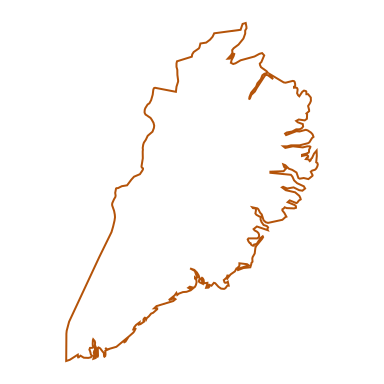 outline of Austurland
{"feature_id": "ISL-695", "entity_name": "Austurland", "entity_type": "Region", "adm_level": 1, "iso_a3": "ISL", "parent_name": "Iceland", "parent_adm1": "", "projection": "mercator", "projection_center": [-15.126, 64.88], "detail": "fine", "context": "isolated", "style": "outline", "palette": "amber", "viewbox_px": 384, "rotation_deg": 0, "n_neighbors": 0, "source": "natural_earth", "source_scale": "10m", "svg_char_len": 5978}
<svg xmlns="http://www.w3.org/2000/svg" viewBox="0 0 384 384"><path d="M245.7,23.0L246.4,26.6L246.5,28.3L245.2,30.5L245.2,33.6L243.4,38.6L238.5,44.6L233.7,48.2L232.2,50.1L232.4,52.8L231.1,55.1L227.8,58.7L229.8,58.6L231.5,57.2L234.5,53.2L233.5,56.4L231.6,60.0L230.9,62.8L233.2,64.0L235.5,63.3L240.6,60.3L254.5,56.5L259.5,53.8L262.1,53.1L264.2,55.4L261.4,62.0L259.8,63.6L260.0,65.0L261.0,67.2L266.6,71.2L267.8,72.7L264.3,73.8L262.4,75.3L260.8,79.3L257.4,83.3L256.1,86.7L251.2,92.6L249.5,96.9L249.1,99.5L250.0,98.3L251.3,94.9L254.9,91.5L256.8,88.0L264.8,75.8L266.2,74.8L268.0,75.3L273.1,79.1L270.2,75.6L269.5,73.9L283.7,82.4L285.6,82.7L292.7,80.9L293.9,81.1L294.6,81.8L295.1,83.7L295.2,85.3L294.8,86.4L294.0,86.7L294.0,87.7L296.0,87.6L296.9,87.9L297.5,88.9L297.6,89.9L297.1,93.2L298.1,95.2L299.3,96.3L302.3,91.8L304.0,90.6L305.9,91.1L306.3,91.7L306.4,94.2L308.1,94.2L310.8,97.5L310.9,100.9L310.0,103.1L308.1,106.0L309.1,109.9L309.1,111.2L306.4,113.5L307.1,114.4L306.9,118.8L304.7,120.4L298.8,119.5L296.2,120.9L297.8,122.3L302.8,124.1L303.1,126.6L301.6,128.4L299.5,129.3L296.3,129.3L292.2,131.5L286.8,132.5L285.1,133.6L286.1,135.1L296.4,131.2L299.5,131.5L305.8,129.8L307.7,130.4L311.0,132.6L312.6,134.4L313.5,136.9L312.0,138.1L309.4,142.3L308.0,143.2L299.7,145.3L291.1,145.3L287.3,146.3L283.3,146.3L285.3,147.9L292.9,146.3L302.8,147.4L307.3,146.3L309.7,146.3L310.4,146.8L310.1,147.9L309.1,149.6L309.0,151.9L308.6,152.6L306.2,153.7L302.0,154.8L302.0,156.0L307.0,154.9L308.1,156.0L308.1,156.9L307.0,157.5L305.9,159.1L308.6,159.4L309.7,161.1L310.4,160.6L311.4,158.5L312.0,158.1L314.0,153.7L316.6,150.6L316.8,156.1L316.2,162.3L317.4,163.1L317.8,164.6L317.3,166.5L316.2,168.6L314.9,169.8L312.1,170.6L310.8,171.7L312.6,175.2L312.4,175.9L308.4,179.1L303.7,178.0L299.7,178.7L298.4,178.0L296.5,172.5L292.3,169.9L288.9,168.7L285.3,165.2L283.3,164.4L283.8,166.0L284.4,167.3L286.0,168.6L283.6,171.2L270.4,171.7L270.4,172.8L290.9,174.8L292.4,176.6L294.1,180.4L297.1,183.2L303.8,186.3L305.1,188.5L302.4,190.7L299.2,190.2L293.6,187.4L287.1,188.5L283.1,186.8L282.0,187.4L285.8,190.2L295.1,192.3L299.3,195.8L300.4,198.1L300.7,199.4L298.9,200.5L297.3,202.6L296.4,203.1L289.7,200.4L287.7,202.2L294.8,205.1L295.9,206.2L296.0,207.8L294.1,208.4L286.7,208.1L284.7,207.3L283.7,208.5L282.4,209.3L282.4,210.5L284.4,213.0L286.4,216.7L285.4,217.1L282.4,219.8L268.0,222.9L265.7,222.2L263.6,220.3L261.7,214.4L260.1,212.7L258.3,209.2L257.4,208.4L252.3,207.3L252.9,208.1L255.1,208.4L256.0,209.1L255.9,210.7L255.4,213.5L256.4,214.8L259.6,216.6L260.7,216.7L260.6,219.6L261.5,222.0L263.6,225.0L266.9,226.1L268.1,227.4L267.3,229.1L267.8,230.2L256.9,226.5L253.6,229.1L254.6,230.4L257.2,231.8L258.5,233.2L259.1,234.9L259.0,236.4L258.4,237.6L257.1,238.4L248.5,238.4L247.7,239.4L248.5,241.4L249.8,243.1L250.5,243.1L251.1,244.6L252.5,245.6L253.8,245.7L254.0,244.6L256.7,243.9L260.7,237.8L262.7,236.3L263.1,237.1L262.1,238.8L256.2,246.0L255.4,247.8L254.7,253.5L252.6,257.2L252.3,258.6L252.5,261.7L251.5,262.8L251.2,264.4L250.3,267.3L243.5,268.0L237.2,270.4L240.0,268.2L248.7,265.3L247.1,264.2L239.4,263.3L239.4,265.9L237.3,268.1L236.5,268.4L234.9,271.4L230.6,274.4L227.8,277.8L226.9,279.6L227.8,276.6L227.8,275.5L227.4,275.5L226.9,277.0L225.9,278.3L223.8,280.1L224.5,282.3L225.2,282.8L226.6,282.6L227.8,281.7L228.7,285.7L227.3,285.7L225.4,288.2L224.1,288.9L221.1,288.6L218.5,286.8L215.2,283.2L213.9,282.8L211.5,285.7L209.2,284.8L208.3,285.7L209.2,286.8L208.5,287.6L206.1,287.8L207.4,283.7L207.4,282.8L204.3,283.3L203.9,282.2L203.6,279.9L202.8,278.4L202.0,277.8L201.2,278.6L201.2,279.6L202.1,281.1L202.6,283.7L199.8,282.4L199.0,281.7L199.0,280.7L199.6,278.6L198.7,275.5L197.0,272.6L194.3,269.9L190.1,268.4L194.8,270.9L197.2,277.5L196.1,278.5L195.0,277.5L195.0,278.6L196.3,279.8L196.6,282.1L196.0,284.7L195.0,286.8L193.4,287.7L189.8,286.7L188.3,287.8L190.2,288.9L192.4,288.9L190.7,290.3L186.6,291.8L182.9,292.1L178.9,293.6L177.2,295.0L176.4,292.9L174.6,295.4L168.8,300.1L174.2,298.2L175.5,299.2L173.3,301.0L156.5,306.1L154.2,308.3L157.2,308.3L157.2,309.2L153.1,312.8L151.1,313.6L148.9,316.3L146.7,318.2L146.2,319.4L145.5,318.0L144.9,317.7L144.2,318.3L143.5,319.4L143.5,320.4L144.4,320.4L144.4,321.4L140.5,324.1L139.1,324.5L139.5,322.4L136.0,325.0L134.3,327.1L133.3,329.5L134.4,329.6L135.9,328.0L134.2,331.4L133.3,332.6L128.6,336.7L125.5,341.6L123.5,342.7L125.2,341.5L125.8,340.4L126.2,338.7L116.4,346.8L107.7,349.3L106.4,349.0L105.3,347.7L106.4,349.2L107.6,349.7L105.3,350.7L105.5,354.3L105.2,356.1L104.4,356.7L104.1,356.3L103.8,352.8L102.7,351.7L100.2,348.4L98.5,347.4L98.0,347.8L97.8,349.1L98.0,355.9L97.6,356.7L96.7,356.2L96.6,354.9L96.9,351.2L96.2,348.2L95.8,347.2L95.5,348.2L95.5,354.0L95.1,355.7L96.0,357.0L95.7,358.0L93.4,358.8L94.1,355.5L94.2,354.1L93.8,352.8L94.2,351.0L95.0,350.3L95.1,349.5L94.7,348.7L95.1,342.6L94.7,341.1L93.2,339.3L92.9,340.1L92.7,343.9L92.8,345.5L93.4,346.8L92.3,347.8L90.0,347.9L89.4,349.7L90.1,351.2L90.9,354.5L92.0,355.7L90.8,357.3L88.4,357.9L83.8,357.7L80.5,355.7L78.7,357.3L78.1,357.3L77.8,354.7L69.8,359.8L66.2,361.0L66.4,333.7L66.7,330.7L69.1,321.7L99.2,257.2L111.5,232.1L113.1,226.6L114.5,220.7L115.0,217.2L114.8,214.6L114.1,210.9L112.2,205.5L112.1,204.3L112.3,203.1L114.0,199.3L115.4,196.9L115.6,195.5L115.2,192.9L116.0,188.7L116.4,188.2L118.0,188.1L121.8,186.2L127.1,185.3L131.3,179.7L134.0,176.7L139.9,174.2L142.4,170.5L143.0,169.2L143.0,168.4L141.8,167.5L141.5,166.4L142.8,158.3L142.7,151.7L142.9,149.4L142.7,148.0L143.2,144.7L143.9,142.6L145.8,139.8L147.7,135.8L152.5,131.7L153.9,128.0L154.2,125.7L153.5,122.8L151.7,119.6L150.5,117.9L145.5,114.5L144.6,112.7L144.6,111.2L144.8,109.5L145.4,108.0L147.6,104.5L149.4,103.3L151.1,100.2L152.7,94.7L153.3,89.8L153.7,88.7L154.2,88.0L155.1,87.8L175.9,91.8L176.5,86.7L178.1,81.6L178.1,80.3L177.4,75.0L177.3,69.8L176.5,66.9L176.5,63.4L177.0,61.3L191.8,56.7L192.2,54.4L193.7,52.0L198.9,48.4L199.5,47.2L200.4,43.5L206.2,42.6L210.0,39.7L212.6,36.7L214.2,33.3L240.6,29.8L242.6,23.9L245.7,23.0Z" fill="none" stroke="#b45309" stroke-width="2"/></svg>